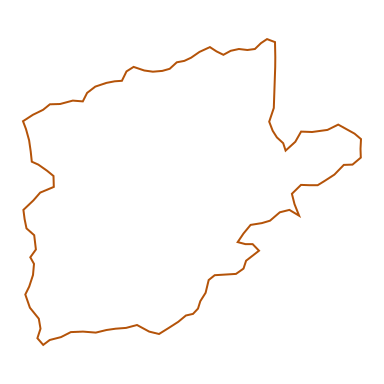 the district of Pirapora do Bom Jesus, São Paulo, Brazil
{"feature_id": "56859067B63542000245485", "entity_name": "Pirapora do Bom Jesus", "entity_type": "district", "adm_level": 2, "iso_a3": "BRA", "parent_name": "Brazil", "parent_adm1": "São Paulo", "projection": "albers", "projection_center": [-46.98, -23.379], "detail": "fine", "context": "isolated", "style": "outline", "palette": "amber", "viewbox_px": 384, "rotation_deg": 0, "n_neighbors": 0, "source": "geoboundaries", "source_scale": "gbopen_adm2", "svg_char_len": 1500}
<svg xmlns="http://www.w3.org/2000/svg" viewBox="0 0 384 384"><path d="M43.2,344.9L49.7,340.0L61.0,337.1L70.8,332.1L83.0,331.6L95.8,332.6L106.5,330.0L115.6,328.7L126.1,327.9L137.0,325.0L149.2,331.6L159.0,334.0L168.8,327.9L178.3,321.8L185.9,315.5L193.0,313.9L198.0,308.6L200.3,301.2L205.6,292.8L208.7,280.0L214.7,275.2L223.0,274.7L236.0,273.9L243.5,268.6L246.1,260.7L252.2,256.0L259.0,250.7L252.6,244.1L245.3,244.1L237.7,242.1L243.5,233.5L250.6,224.9L261.9,223.1L270.0,220.7L279.8,212.3L289.4,209.9L299.1,215.7L294.5,204.1L291.9,193.8L301.0,184.9L309.4,185.2L317.7,185.2L324.5,181.0L334.4,174.6L343.8,164.9L352.5,164.6L360.8,157.6L360.5,148.9L361.0,139.1L354.5,133.6L338.2,124.6L327.5,129.9L312.1,132.0L301.1,131.6L295.3,141.8L285.6,150.6L283.2,143.2L276.9,137.4L272.7,130.8L269.2,121.7L273.8,108.0L275.2,67.2L275.3,57.2L275.0,42.1L267.0,39.1L260.9,43.2L254.9,49.0L247.4,50.0L238.9,49.0L230.7,50.8L223.4,54.8L216.5,51.4L209.9,47.1L199.5,51.9L191.1,57.7L184.3,60.9L176.8,62.3L169.7,68.8L162.3,70.9L152.9,71.7L144.3,70.5L133.6,66.9L126.5,71.4L121.9,80.8L114.7,81.3L106.4,82.9L95.3,86.6L87.1,92.9L82.8,101.4L72.8,100.6L60.1,104.0L49.9,104.3L43.1,109.8L32.9,114.8L23.0,121.2L26.0,129.1L29.1,140.3L30.7,151.4L31.8,161.7L38.3,164.6L47.0,170.7L53.5,176.0L53.8,186.9L40.2,192.6L33.4,200.4L23.4,209.9L24.6,219.1L26.5,228.4L34.2,235.2L35.9,249.5L30.3,257.3L34.0,263.9L33.0,275.0L29.2,286.6L25.3,294.5L29.9,307.7L38.8,318.7L40.5,328.7L37.4,338.2L43.2,344.9Z" fill="none" stroke="#b45309" stroke-width="2"/></svg>